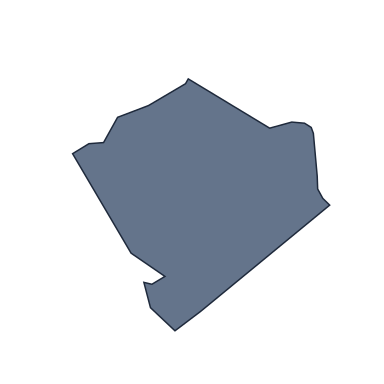 the district of Akaltin, Sirdaryo, Uzbekistan, rotated 306°
{"feature_id": "79887680B92810274159920", "entity_name": "Akaltin", "entity_type": "district", "adm_level": 2, "iso_a3": "UZB", "parent_name": "Uzbekistan", "parent_adm1": "Sirdaryo", "projection": "robinson", "projection_center": [68.339, 40.545], "detail": "fine", "context": "isolated", "style": "filled", "palette": "slate", "viewbox_px": 384, "rotation_deg": 306, "n_neighbors": 0, "source": "geoboundaries", "source_scale": "gbopen_adm2", "svg_char_len": 462}
<svg xmlns="http://www.w3.org/2000/svg" viewBox="0 0 384 384"><g transform="rotate(306 192 192)"><path d="M262.3,311.1L263.7,301.6L268.3,291.9L278.4,284.0L310.8,255.7L314.3,250.5L313.8,242.6L307.2,231.6L289.3,217.3L281.3,122.5L275.8,123.1L236.4,106.0L208.7,87.9L180.0,91.4L170.5,80.2L156.5,74.4L152.8,72.9L106.7,178.7L107.8,219.7L93.8,213.8L90.6,206.2L74.0,226.4L69.7,259.8L100.7,269.2L262.3,311.1Z" fill="#64748b" stroke="#1e293b" stroke-width="1.5"/></g></svg>